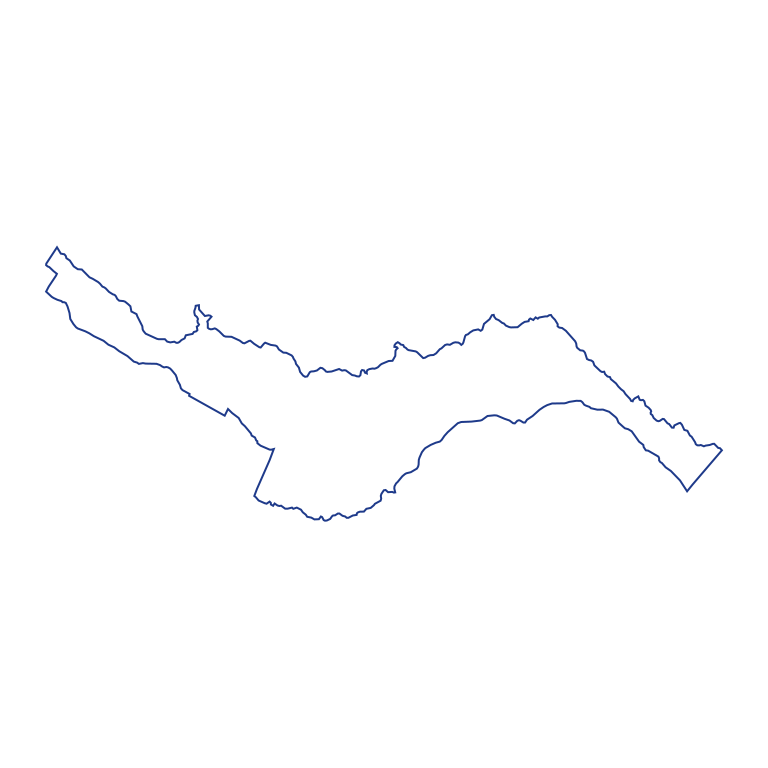 the district of Thika Town, Central, Kenya
{"feature_id": "3690345B96807773656326", "entity_name": "Thika Town", "entity_type": "district", "adm_level": 2, "iso_a3": "KEN", "parent_name": "Kenya", "parent_adm1": "Central", "projection": "mercator", "projection_center": [37.162, -1.055], "detail": "fine", "context": "isolated", "style": "outline", "palette": "blue", "viewbox_px": 768, "rotation_deg": 0, "n_neighbors": 0, "source": "geoboundaries", "source_scale": "gbopen_adm2", "svg_char_len": 6089}
<svg xmlns="http://www.w3.org/2000/svg" viewBox="0 0 768 768"><path d="M57.0,247.3L46.3,263.6L46.1,265.1L47.6,266.4L49.3,267.1L53.6,271.2L56.9,273.8L56.0,275.7L48.8,286.5L46.1,291.6L51.7,296.8L53.6,298.0L57.4,299.8L61.5,301.1L62.5,302.2L64.1,302.2L65.8,302.9L67.5,306.4L69.5,313.0L70.3,319.0L73.4,324.0L76.1,327.3L77.8,328.5L85.3,331.3L89.3,333.3L93.9,336.2L103.6,340.8L108.4,344.7L114.3,347.4L119.2,351.2L127.5,356.1L133.8,361.6L137.1,362.6L138.9,363.9L142.9,363.1L145.8,363.6L156.5,363.8L160.1,365.1L162.1,366.5L164.0,367.4L166.3,367.0L168.1,367.4L170.2,368.6L172.0,370.5L175.7,375.0L176.9,378.1L177.3,380.3L179.9,384.8L180.9,388.3L182.5,390.1L189.6,394.0L189.1,395.8L224.7,415.7L228.0,409.0L232.2,413.1L238.7,418.0L241.8,423.4L244.9,426.2L250.9,433.4L251.7,435.6L255.0,437.5L256.2,440.4L257.3,441.2L257.4,443.2L260.6,445.7L269.6,449.6L271.2,449.7L273.8,449.0L269.6,460.2L256.9,489.1L254.3,496.0L255.8,497.2L258.6,500.5L264.7,503.2L266.6,503.7L269.6,501.6L270.8,502.8L270.9,504.5L273.1,505.8L274.6,503.5L277.5,505.5L279.4,506.0L281.1,505.7L285.2,508.7L287.5,508.7L292.0,507.6L293.3,508.8L296.8,507.6L301.0,509.7L302.8,512.3L305.8,514.7L307.2,516.8L311.3,517.6L314.4,519.4L318.9,519.2L320.9,516.5L322.1,517.1L323.7,520.1L325.0,520.7L326.9,520.5L330.2,518.9L332.0,516.3L333.0,515.5L335.1,515.3L337.9,513.5L339.4,513.5L342.5,515.8L345.2,516.5L346.7,517.8L348.4,517.8L352.8,515.5L356.6,514.9L356.9,513.3L358.1,512.3L359.9,511.7L363.9,511.6L366.4,508.8L370.7,507.9L373.9,505.2L374.9,503.8L380.6,500.7L381.2,498.6L380.8,495.9L381.4,493.9L383.8,490.3L385.6,490.0L388.1,492.2L392.2,491.9L393.9,492.6L395.2,492.4L394.3,488.6L394.5,486.3L396.1,483.4L397.6,482.0L402.3,476.3L404.8,474.2L406.3,473.3L410.8,472.2L416.9,468.6L418.1,466.6L418.6,464.6L418.8,459.9L419.5,457.6L421.9,452.2L423.9,449.6L425.3,448.1L430.7,444.9L435.8,442.7L439.8,441.6L441.6,440.0L444.4,435.9L447.7,432.2L457.8,423.2L461.2,422.0L471.4,421.6L480.1,420.6L481.8,420.1L487.5,416.0L494.4,415.3L496.8,415.5L504.6,418.8L509.5,420.5L513.1,423.2L514.8,423.4L517.3,420.8L519.0,420.2L520.4,420.7L523.3,422.5L525.1,422.5L527.0,419.7L532.6,416.0L539.5,409.8L543.6,407.0L547.2,405.1L552.0,403.5L564.4,403.3L566.0,403.0L569.2,401.9L576.3,400.8L580.7,400.9L582.3,402.1L584.3,404.8L586.1,405.7L589.5,406.9L590.9,408.2L597.4,409.7L603.0,409.6L609.2,411.8L615.7,417.2L616.9,418.6L618.5,422.6L622.8,426.5L624.9,428.3L628.2,429.2L631.7,431.3L639.1,441.7L643.3,444.9L643.7,447.1L645.8,450.3L648.2,450.7L658.4,456.6L659.1,458.3L659.1,460.4L660.3,462.1L661.9,463.0L665.6,467.3L670.9,471.0L680.0,480.4L687.1,491.3L692.7,484.4L721.9,450.3L720.0,448.2L718.2,447.9L714.2,443.8L712.7,443.9L709.7,445.0L705.6,445.6L703.9,446.3L700.8,445.0L699.2,445.4L697.3,445.3L695.8,444.2L695.1,442.2L691.6,436.7L689.9,435.5L687.4,430.8L684.3,429.9L681.9,424.7L680.3,422.9L678.9,423.2L674.4,425.4L673.6,427.7L671.9,427.6L669.2,424.1L667.5,423.3L664.0,419.1L662.7,418.9L659.7,420.9L658.3,421.2L656.6,420.6L653.7,418.0L652.3,415.1L650.8,414.0L650.6,412.7L651.2,411.3L650.7,410.0L648.6,407.7L645.5,405.6L644.3,401.2L642.9,399.9L641.0,400.2L639.7,399.8L638.3,396.4L634.7,398.4L633.2,399.9L632.7,401.3L631.1,400.9L630.1,399.0L625.5,394.1L623.6,391.2L621.1,389.3L618.4,386.6L616.0,383.4L610.8,379.1L610.0,377.1L607.5,376.5L605.1,374.1L604.2,371.7L602.1,372.0L600.5,371.2L594.4,365.4L593.1,361.8L591.3,360.5L589.0,360.0L587.0,359.0L585.0,352.8L584.0,351.4L582.8,350.6L580.2,350.3L577.3,347.9L576.6,346.6L576.2,343.5L575.2,341.3L565.9,330.8L562.1,328.0L559.3,327.6L557.6,326.3L557.7,324.2L555.0,319.8L552.1,316.8L551.0,315.0L549.2,315.2L547.3,316.4L545.2,316.4L539.2,317.5L537.8,318.7L535.6,317.4L533.3,320.0L530.3,318.5L529.0,319.6L528.6,321.2L524.6,321.9L521.8,323.7L517.6,327.2L511.0,327.4L509.3,327.1L505.9,325.6L503.9,323.5L502.2,322.9L498.6,320.1L496.0,319.0L494.2,316.7L493.7,314.9L491.9,315.2L489.6,319.2L484.0,323.9L482.3,329.6L480.7,330.8L478.2,329.4L473.3,330.4L470.2,332.3L467.9,334.3L465.9,335.0L465.1,336.2L463.4,342.4L462.7,343.8L461.3,344.9L459.8,343.4L458.4,342.6L455.3,342.3L453.3,342.8L449.9,344.8L447.1,344.4L445.1,345.0L441.4,348.4L439.8,349.2L436.2,353.3L433.5,355.0L430.3,355.2L428.1,355.9L425.1,357.7L423.2,358.1L417.1,352.2L415.7,351.4L408.5,350.1L407.3,349.4L406.0,348.0L404.1,346.9L403.3,345.1L400.7,344.5L399.6,343.3L397.8,342.2L395.8,343.5L394.5,345.3L394.4,346.9L396.7,347.1L397.6,348.2L396.2,349.5L395.5,350.8L395.3,355.9L392.5,360.8L388.7,361.0L382.0,363.8L380.5,364.7L378.0,367.2L376.3,368.1L374.5,368.7L372.6,368.5L369.4,369.1L367.4,370.1L366.6,371.9L366.8,373.4L365.0,372.7L364.1,370.5L362.1,370.0L361.0,371.4L360.4,375.2L359.0,376.5L356.8,376.3L354.8,375.5L352.2,375.1L345.8,370.4L344.2,370.2L342.1,370.6L339.1,369.0L331.6,371.5L327.3,371.9L325.8,371.4L325.0,370.3L322.4,368.2L320.4,367.8L316.9,370.5L313.9,371.3L311.1,371.5L309.8,372.2L307.3,376.4L305.1,376.8L303.1,375.6L300.1,371.9L298.9,367.6L296.0,363.9L295.4,361.4L293.5,358.5L292.9,356.9L291.6,355.4L286.3,352.8L283.3,352.6L278.9,349.5L277.0,346.4L275.6,345.6L270.8,344.9L265.2,342.7L264.0,343.6L260.7,347.5L259.3,347.2L254.1,343.8L250.4,340.7L249.1,340.9L244.5,343.3L242.9,343.0L239.7,340.6L231.5,336.8L225.6,336.6L223.8,335.9L219.3,331.4L216.3,329.1L214.8,328.4L212.1,329.2L210.6,329.3L208.9,328.7L207.8,327.8L207.8,323.4L207.3,321.5L211.5,316.7L210.3,315.7L208.6,315.3L204.9,316.0L199.1,309.5L198.9,305.2L195.7,305.8L195.4,307.9L194.3,311.0L194.3,312.5L194.9,315.2L196.9,316.9L198.0,319.0L197.4,320.8L197.7,322.6L199.0,324.5L198.3,325.7L196.8,326.6L197.4,330.2L196.3,331.3L193.8,332.0L192.6,333.9L185.8,335.3L184.6,338.4L181.5,340.0L179.4,342.0L177.8,342.8L176.3,342.8L174.3,341.7L170.3,342.4L167.2,341.6L164.9,339.2L158.6,339.2L156.9,338.8L145.7,333.7L143.6,331.2L142.7,329.6L142.3,326.2L137.4,316.5L136.5,314.1L131.4,311.5L130.4,306.3L128.4,304.4L125.1,301.7L123.5,301.1L119.2,300.7L117.3,299.0L115.8,296.1L114.6,294.9L112.8,294.3L109.0,291.9L105.7,288.4L104.3,287.4L102.4,286.6L100.0,283.7L98.2,282.1L92.7,278.8L89.5,277.3L81.8,269.5L77.8,269.2L73.7,266.4L69.8,260.5L66.4,258.2L65.8,256.0L64.4,254.3L60.8,253.6L57.0,247.3Z" fill="none" stroke="#1e3a8a" stroke-width="2"/></svg>